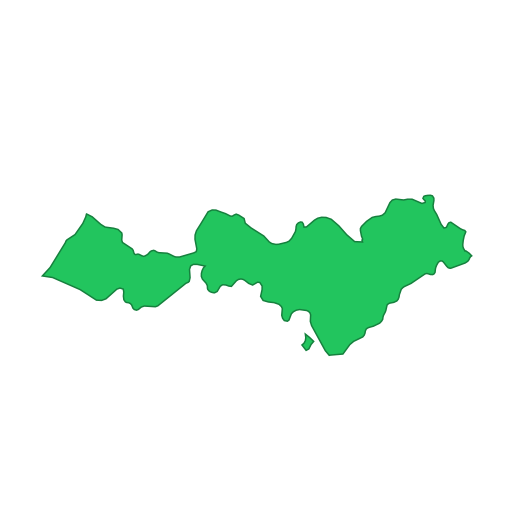 SVG path tracing the border of Nord, rotated 319°
{"feature_id": "FRA-5330", "entity_name": "Nord", "entity_type": "Metropolitan department", "adm_level": 1, "iso_a3": "FRA", "parent_name": "France", "parent_adm1": "", "projection": "albers", "projection_center": [3.256, 50.528], "detail": "fine", "context": "isolated", "style": "filled", "palette": "green", "viewbox_px": 512, "rotation_deg": 319, "n_neighbors": 0, "source": "natural_earth", "source_scale": "10m", "svg_char_len": 3817}
<svg xmlns="http://www.w3.org/2000/svg" viewBox="0 0 512 512"><g transform="rotate(319 256 256)"><path d="M155.7,113.1L158.1,119.0L159.6,130.3L161.1,135.2L166.8,141.7L169.3,145.5L169.8,150.6L168.8,152.2L165.1,155.9L164.1,158.2L167.2,169.4L167.0,171.1L165.7,173.9L165.6,175.1L166.1,176.0L168.0,177.0L168.7,177.8L170.1,181.1L170.9,182.5L172.1,183.1L174.5,183.6L175.8,183.7L178.8,183.3L180.3,183.5L182.5,184.6L183.3,186.1L183.7,187.8L184.8,189.7L190.8,195.6L191.7,197.3L193.8,202.4L194.7,204.0L197.6,206.6L210.6,212.6L211.3,212.9L213.8,213.5L216.0,211.8L220.9,203.4L223.8,200.2L227.6,197.9L236.1,195.3L248.9,191.2L253.1,192.5L255.9,195.1L258.5,200.0L260.8,204.0L262.8,208.9L264.1,210.4L266.3,210.7L268.5,211.4L269.8,213.8L271.6,219.9L269.4,224.2L270.7,231.6L275.0,246.0L275.2,254.1L276.1,257.0L278.6,260.3L280.8,262.0L287.9,265.7L290.7,266.5L294.7,266.0L301.8,263.4L304.0,261.7L305.6,260.1L307.3,259.0L309.6,258.8L311.9,259.5L313.0,260.8L312.7,262.9L311.2,265.7L313.2,267.2L323.7,267.3L327.4,268.0L330.9,269.8L334.2,272.9L336.9,277.7L338.3,287.6L338.4,299.5L339.9,309.9L345.6,315.3L346.3,313.7L346.5,313.5L346.8,313.7L347.5,313.2L347.9,312.5L348.6,310.3L351.5,305.3L352.8,303.8L355.1,302.9L362.2,302.4L369.0,303.1L372.3,304.8L375.2,306.8L378.1,308.1L381.8,308.1L392.1,303.6L395.6,303.2L398.8,304.7L404.2,310.6L407.7,312.6L411.1,315.6L415.7,325.2L418.8,326.6L419.9,325.4L419.7,323.6L419.8,322.0L421.8,321.1L423.3,321.6L425.5,323.0L427.6,324.7L428.6,326.4L428.2,329.0L426.6,330.9L422.8,334.0L421.1,336.5L420.4,338.6L419.6,343.3L416.5,353.5L416.2,358.2L418.5,359.3L421.8,357.8L423.5,357.5L425.2,358.3L428.1,369.3L429.1,371.7L430.3,373.7L430.2,375.4L426.3,377.4L422.6,380.2L419.6,383.0L418.4,384.5L417.6,386.4L417.0,389.5L417.7,389.8L418.7,393.7L418.9,397.4L417.7,397.3L416.0,397.6L415.3,398.1L413.5,398.7L412.3,398.9L409.3,398.5L395.4,393.2L394.4,392.6L393.8,391.6L393.4,391.1L393.3,390.3L393.2,388.7L393.5,383.4L393.1,381.7L391.7,380.6L389.6,380.3L386.4,381.4L384.3,382.5L383.0,383.4L380.4,385.8L378.7,386.3L377.2,386.0L375.5,384.4L374.5,382.7L373.4,381.2L371.8,380.4L355.0,378.4L347.9,376.4L346.0,376.2L343.8,376.4L338.9,379.2L337.0,380.8L335.0,381.9L332.8,382.3L329.6,381.4L325.8,379.2L324.3,378.9L322.7,379.0L318.1,382.4L316.5,383.2L313.9,384.2L312.8,384.7L311.4,385.7L310.1,386.9L307.9,387.6L305.3,387.8L298.6,386.0L294.6,384.1L292.8,383.5L291.0,383.5L289.1,384.5L287.7,385.7L285.8,386.7L283.5,387.1L273.8,384.5L268.7,384.4L257.3,387.0L247.0,379.5L246.1,379.0L246.2,372.9L252.3,345.0L254.1,341.0L258.6,336.3L259.4,334.4L259.3,332.3L258.5,330.4L253.8,325.0L250.8,323.3L247.7,322.6L244.8,322.8L238.8,326.0L236.9,325.8L235.0,323.3L235.2,320.5L236.5,317.7L241.4,312.9L242.0,310.8L241.7,307.6L239.1,303.1L235.1,298.7L232.2,294.2L233.0,289.5L238.5,285.4L240.9,282.7L241.5,278.5L240.0,276.8L234.4,275.7L232.5,271.9L231.6,267.2L230.9,265.2L229.6,263.5L227.5,262.2L225.1,261.8L217.5,262.8L215.8,260.9L214.3,258.2L212.0,255.8L209.2,255.4L203.4,257.3L200.6,256.6L199.7,255.7L198.8,254.4L198.0,253.0L197.6,251.4L197.7,249.5L198.2,248.5L199.8,246.5L200.5,243.8L200.4,238.3L201.4,235.5L203.4,233.3L205.9,231.6L208.5,230.5L211.0,230.2L206.1,223.7L203.2,221.2L200.2,220.6L197.0,222.5L192.0,229.1L189.0,231.3L187.7,231.4L185.2,230.6L149.2,229.2L146.8,228.3L138.9,220.5L136.0,219.3L132.2,219.2L130.3,218.5L129.0,216.5L128.9,214.6L130.0,211.5L130.0,209.5L129.1,207.5L128.0,206.4L127.3,205.0L127.6,202.3L129.6,199.3L132.5,196.5L134.1,193.9L132.3,190.9L129.2,189.7L114.7,189.9L110.3,188.2L106.6,184.6L101.2,165.9L88.4,138.8L81.7,130.9L93.1,129.6L120.8,120.9L122.5,120.0L123.9,119.8L133.5,121.1L146.7,117.8L153.2,114.8L155.6,113.1L155.7,113.1ZM242.0,347.3L243.0,352.7L243.5,358.3L239.5,358.9L234.9,360.8L231.9,360.1L232.3,353.3L235.0,353.3L237.7,352.3L240.0,350.3L242.0,347.3Z" fill="#22c55e" stroke="#15803d" stroke-width="1.5"/></g></svg>